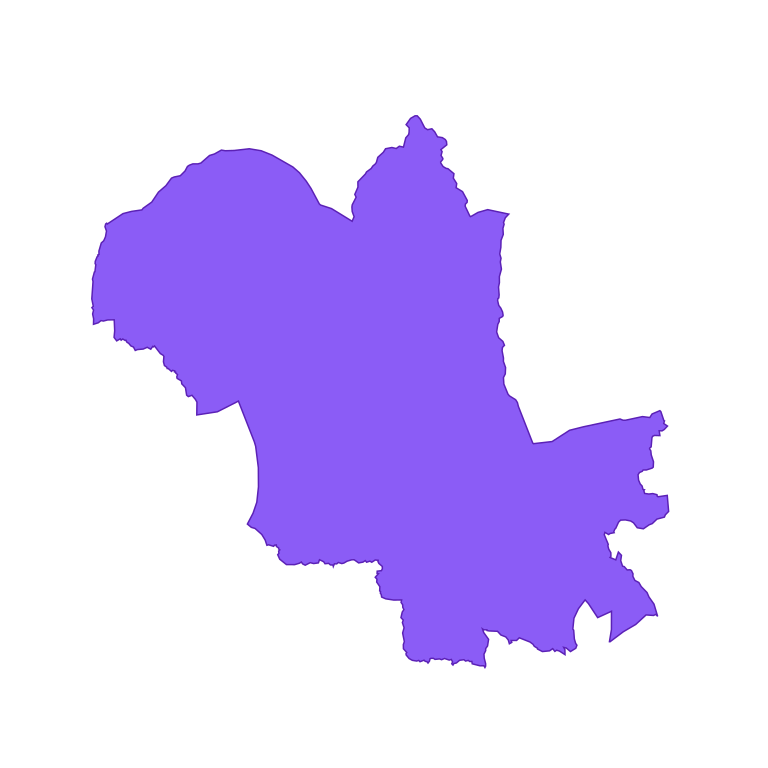 Burera, Northern, Rwanda, rotated 8°
{"feature_id": "39286606B41980105768775", "entity_name": "Burera", "entity_type": "district", "adm_level": 2, "iso_a3": "RWA", "parent_name": "Rwanda", "parent_adm1": "Northern", "projection": "albers", "projection_center": [29.857, -1.461], "detail": "fine", "context": "isolated", "style": "filled", "palette": "violet", "viewbox_px": 768, "rotation_deg": 8, "n_neighbors": 0, "source": "geoboundaries", "source_scale": "gbopen_adm2", "svg_char_len": 6139}
<svg xmlns="http://www.w3.org/2000/svg" viewBox="0 0 768 768"><g transform="rotate(8 384 384)"><path d="M592.0,623.6L594.8,624.0L600.9,626.8L600.1,621.8L598.6,619.8L601.3,620.1L605.9,623.0L610.7,619.0L611.4,615.8L609.9,614.2L608.0,610.0L606.1,601.4L605.1,600.4L604.7,589.5L607.8,579.5L613.2,569.8L617.0,573.0L628.1,585.6L640.9,577.4L643.4,595.5L643.1,607.8L643.7,607.8L655.5,596.0L666.8,587.0L675.7,576.2L683.1,575.7L685.2,574.3L687.3,576.0L682.0,564.4L676.0,558.0L673.5,553.9L666.9,548.8L664.0,545.1L659.8,543.6L657.2,539.8L657.0,537.3L655.0,534.3L653.5,533.7L650.7,534.3L647.3,531.4L645.6,531.2L643.0,526.0L643.0,520.6L639.5,517.8L638.0,525.9L632.0,524.3L632.7,523.1L632.1,519.5L629.5,516.2L628.2,513.0L628.4,511.6L623.1,502.6L623.4,500.2L627.4,501.8L628.6,500.6L632.6,499.2L632.1,498.5L632.7,495.8L633.6,494.6L635.5,488.2L637.2,485.9L641.9,485.0L647.3,485.3L650.4,486.7L654.8,491.1L661.0,491.3L666.2,486.5L669.1,484.9L673.1,479.8L680.2,476.8L680.8,474.4L683.6,470.6L680.0,454.9L671.1,457.5L670.2,457.1L669.7,455.6L665.4,455.1L661.6,456.1L657.3,456.1L656.1,453.3L656.6,452.5L655.1,452.3L653.8,449.1L651.6,447.3L649.5,443.8L648.2,438.5L649.3,436.1L651.9,434.5L652.6,433.1L655.8,432.6L661.2,430.0L662.2,428.8L661.7,423.5L658.5,417.0L657.5,413.0L656.0,411.3L656.1,410.3L657.3,409.1L656.8,399.8L657.3,398.4L659.0,397.3L664.4,396.7L663.0,392.0L665.9,391.7L667.9,390.0L670.6,386.2L666.5,384.2L666.9,381.5L666.3,381.4L662.0,372.8L660.9,372.0L653.6,376.4L651.9,380.2L644.5,380.3L628.1,386.3L625.7,386.6L622.6,385.8L587.5,398.6L574.2,404.0L558.5,417.6L540.3,422.3L539.4,421.6L520.2,387.5L518.7,383.8L516.6,381.3L509.9,378.3L508.2,376.8L502.7,367.4L501.4,361.0L502.7,357.1L502.1,350.8L499.1,345.0L498.7,341.7L496.3,334.6L496.2,331.3L497.9,328.9L495.8,325.3L491.1,322.2L488.3,316.8L488.4,309.1L489.4,306.1L489.0,303.0L492.1,300.6L492.4,299.4L491.4,296.2L489.1,292.6L486.7,290.2L484.9,285.6L484.9,283.5L485.7,282.8L485.6,279.7L483.9,272.0L484.2,267.6L483.3,261.6L484.3,253.9L482.2,246.9L482.4,243.2L480.5,239.1L480.7,232.5L479.9,225.4L481.3,219.3L480.1,213.3L480.7,209.1L479.9,207.4L481.0,202.5L483.9,198.4L462.4,196.9L453.2,201.0L447.2,205.7L446.3,206.2L445.4,205.4L439.6,196.6L439.6,194.4L441.0,192.6L440.9,190.6L435.0,182.6L428.1,179.6L428.1,175.4L424.0,170.5L424.0,166.0L417.4,161.9L415.4,161.8L412.2,160.4L409.4,157.2L409.2,156.2L410.9,153.5L410.9,152.4L408.7,149.8L409.2,145.8L407.7,144.0L412.9,138.4L412.1,135.1L410.7,133.4L407.5,131.9L402.6,131.8L399.1,127.2L395.9,124.6L391.7,126.1L388.7,124.7L383.1,116.7L379.6,113.8L377.4,114.1L373.3,117.3L369.8,124.1L373.3,126.8L373.8,131.1L373.7,133.5L371.3,137.2L370.3,146.7L366.1,146.4L363.3,149.1L358.9,148.7L352.8,150.8L351.1,154.6L346.3,160.4L345.6,165.7L344.7,167.4L342.6,169.7L341.3,172.4L337.2,176.4L336.3,178.7L330.0,187.4L330.8,192.7L328.7,200.3L330.4,202.9L327.6,211.0L327.6,213.2L328.5,217.6L331.1,222.5L329.8,227.3L307.6,217.6L296.3,215.6L294.9,214.7L284.5,200.5L278.8,194.0L270.9,186.6L263.6,181.8L241.3,172.9L229.9,170.1L217.9,169.8L203.2,173.6L194.4,175.1L190.4,175.0L184.1,179.8L179.4,182.0L171.9,190.7L169.1,191.9L164.1,192.6L160.8,194.4L159.1,195.9L157.3,200.8L153.3,206.1L147.4,208.2L144.9,209.7L140.4,218.0L134.0,225.3L128.7,236.2L121.1,243.4L120.0,245.3L110.0,248.2L101.8,251.6L87.7,264.1L87.0,263.4L86.1,264.3L85.8,267.1L87.9,271.2L87.7,277.0L86.5,281.2L84.4,283.7L83.2,292.0L83.7,295.4L82.6,296.1L83.0,297.1L82.2,297.9L81.0,302.7L81.2,305.1L82.0,305.9L82.1,313.1L81.6,313.4L80.7,320.7L81.6,323.1L82.8,340.4L85.3,347.5L84.1,349.0L86.1,351.2L85.7,355.2L87.4,359.9L88.0,365.3L92.6,363.1L94.9,360.6L97.4,360.7L101.5,359.0L107.9,358.0L109.9,368.8L110.2,375.4L113.3,378.5L116.5,376.0L117.6,377.2L119.0,375.8L121.6,376.9L122.3,376.5L123.7,378.5L125.5,379.2L128.0,381.5L130.8,382.3L133.0,385.4L135.1,384.2L140.7,382.9L144.4,380.6L148.2,382.0L149.8,378.9L150.7,379.3L151.5,378.3L158.3,385.0L161.3,386.3L162.2,387.3L162.5,392.7L164.0,396.3L166.4,397.5L167.2,398.9L168.1,398.7L171.8,401.1L172.7,399.9L174.9,400.1L174.9,401.2L176.0,401.2L176.3,402.2L178.2,403.4L177.8,405.8L178.4,407.3L182.9,409.1L183.7,412.0L187.9,415.3L190.1,422.5L192.0,423.7L195.4,421.9L199.4,425.5L201.3,428.0L202.9,440.7L222.9,434.7L242.2,421.2L263.6,459.2L265.6,463.6L271.2,484.3L274.0,503.4L274.5,518.8L272.3,530.2L268.2,541.7L272.5,544.4L276.4,545.0L283.9,550.0L288.0,555.0L290.5,560.0L292.0,559.3L297.3,560.1L297.9,558.9L299.8,558.4L300.1,559.9L302.5,561.0L302.6,562.0L303.9,562.8L302.9,564.1L303.5,566.3L302.5,567.8L305.1,572.0L312.5,576.4L320.7,575.3L325.3,573.2L326.9,571.8L328.5,573.5L331.2,574.4L335.8,571.2L339.3,571.6L343.9,570.3L344.6,567.0L349.0,568.4L350.6,570.2L354.2,569.3L356.1,570.6L358.7,570.4L359.2,571.7L359.9,569.0L362.2,568.7L363.6,567.1L367.2,567.7L369.2,566.9L372.1,564.6L376.5,562.6L378.9,562.2L383.8,564.7L388.0,563.3L390.0,561.5L391.6,562.9L394.7,561.4L396.7,562.2L399.8,559.5L402.8,559.4L402.7,560.6L403.9,562.4L407.7,564.9L408.1,567.3L407.4,569.2L403.3,570.3L403.5,572.5L404.9,572.6L402.2,576.6L404.2,578.3L404.3,581.1L408.1,585.3L408.5,589.5L409.4,589.9L409.6,591.9L410.5,592.7L411.3,595.3L415.6,596.5L423.7,596.6L431.5,595.4L431.3,597.9L433.2,600.0L433.7,602.6L435.1,604.6L433.8,607.3L433.3,613.0L435.9,615.1L435.4,617.7L437.8,622.6L437.1,628.0L440.0,636.3L439.4,639.4L440.1,643.5L443.9,646.7L443.3,648.1L443.7,649.3L447.1,652.4L450.5,653.7L454.9,653.8L456.9,652.9L458.3,654.0L462.1,651.9L463.4,652.9L465.2,653.0L466.4,654.2L467.6,652.1L467.8,649.7L468.7,649.1L471.2,648.8L472.8,649.6L477.2,648.5L479.4,649.0L482.1,647.4L487.0,648.3L489.0,647.4L490.6,649.7L490.0,651.6L491.4,652.7L492.1,651.1L494.5,650.2L497.3,647.1L501.5,645.9L503.3,647.0L505.9,646.0L507.6,646.9L509.6,646.5L510.3,648.8L518.3,649.7L522.1,649.1L523.4,650.7L523.9,649.3L523.6,646.9L521.4,641.5L520.6,637.6L521.8,633.9L521.5,631.9L523.0,629.0L523.1,622.3L517.3,616.2L515.6,612.8L517.0,613.5L520.1,613.1L520.3,613.8L522.4,613.9L530.8,613.1L534.7,616.3L539.8,617.5L542.7,620.2L544.3,623.8L546.5,622.1L545.6,620.3L551.0,619.5L553.3,616.5L564.5,619.2L567.8,621.0L569.3,622.8L572.7,624.3L572.9,625.1L578.1,626.9L585.1,625.2L587.9,622.6L590.4,625.0L592.0,623.6Z" fill="#8b5cf6" stroke="#5b21b6" stroke-width="1.5"/></g></svg>